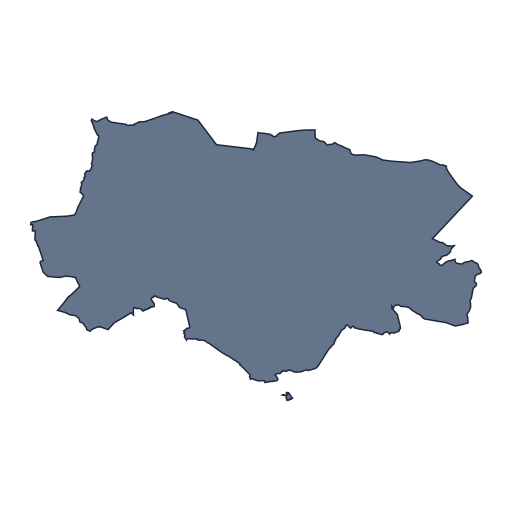 Zamora, Michoacán, Mexico (Mercator projection)
{"feature_id": "50627088B36959720964142", "entity_name": "Zamora", "entity_type": "district", "adm_level": 2, "iso_a3": "MEX", "parent_name": "Mexico", "parent_adm1": "Michoacán", "projection": "mercator", "projection_center": [-102.276, 20.024], "detail": "fine", "context": "isolated", "style": "filled", "palette": "slate", "viewbox_px": 512, "rotation_deg": 0, "n_neighbors": 0, "source": "geoboundaries", "source_scale": "gbopen_adm2", "svg_char_len": 6021}
<svg xmlns="http://www.w3.org/2000/svg" viewBox="0 0 512 512"><path d="M216.5,144.7L197.9,120.1L172.4,111.7L169.7,112.7L170.9,113.1L162.8,115.3L151.7,119.3L143.9,121.8L139.4,121.8L135.8,123.6L134.2,124.1L133.9,125.2L130.1,125.0L129.3,125.3L127.0,125.5L126.4,124.6L125.8,124.3L111.4,122.2L107.9,120.2L107.4,119.3L107.2,117.9L106.6,117.1L101.0,119.4L97.7,121.2L96.7,121.5L95.9,121.4L94.9,120.9L91.8,119.1L91.3,120.8L91.9,121.6L92.0,122.3L92.4,122.6L92.9,124.1L93.7,126.5L93.9,127.9L97.5,135.1L98.6,135.6L98.7,137.3L97.4,142.3L97.2,144.1L96.1,145.3L95.8,146.0L95.3,146.0L94.4,149.2L94.3,150.0L94.7,151.7L94.6,152.0L93.2,152.4L92.3,153.3L92.2,154.7L92.7,157.7L92.1,162.3L91.4,163.8L92.1,165.1L92.6,165.5L91.8,166.3L91.2,168.6L90.7,169.4L89.1,171.2L88.5,171.2L87.8,170.9L87.2,171.1L86.8,170.9L86.3,171.2L85.7,172.6L85.0,173.2L84.9,173.5L84.7,174.3L85.2,176.7L84.5,176.9L84.1,177.5L83.9,177.9L84.2,179.1L82.9,181.3L81.7,181.9L81.2,182.7L81.3,183.2L82.0,184.1L81.5,185.0L81.1,187.1L80.5,188.1L80.4,189.0L80.7,189.3L80.0,192.0L82.6,194.5L83.6,196.0L77.9,207.1L76.2,212.1L74.6,214.9L66.8,216.2L50.1,216.9L35.8,221.5L33.7,221.6L30.9,222.5L30.7,224.9L32.8,224.7L32.8,227.4L32.4,227.8L32.5,231.0L35.3,230.8L34.9,240.1L36.0,240.9L38.0,246.3L38.5,246.3L43.2,260.5L40.5,261.4L40.0,262.5L43.2,272.2L47.6,276.4L59.3,277.5L66.0,276.1L71.0,276.6L75.4,277.5L79.7,286.5L71.0,294.9L68.0,297.2L63.6,303.1L57.5,310.4L64.6,312.3L70.0,314.8L75.8,315.8L78.4,318.0L79.3,319.1L79.7,321.6L80.0,322.1L82.3,322.8L82.9,323.2L86.3,327.8L86.8,329.7L90.1,331.3L91.5,329.7L93.7,328.6L97.8,326.9L99.2,327.1L99.5,326.6L108.1,329.6L113.5,323.6L113.5,323.2L123.7,317.4L129.7,313.6L131.2,312.8L133.5,315.0L133.3,310.7L133.7,307.5L135.7,308.1L136.5,308.6L137.0,308.7L137.8,308.2L140.7,308.9L142.8,311.0L143.7,310.8L144.5,310.1L145.3,309.8L145.0,309.6L147.0,309.5L147.4,309.0L148.0,309.0L149.1,307.8L149.3,308.1L150.0,307.9L149.9,307.5L150.1,307.2L151.0,307.3L151.8,306.6L152.5,307.0L153.0,306.7L154.3,306.4L154.1,303.6L152.0,300.5L151.1,299.6L151.3,298.9L152.0,297.5L153.4,297.4L153.9,296.3L154.7,296.0L155.1,296.3L156.1,296.0L157.1,297.1L165.1,299.4L166.1,298.5L167.9,298.3L168.2,299.2L169.1,300.4L172.8,302.1L176.2,303.1L176.9,303.6L179.3,307.2L180.8,308.0L184.8,309.3L186.0,310.4L189.7,326.7L189.5,327.4L188.7,328.2L187.0,328.3L183.6,331.0L183.7,331.5L184.7,331.9L184.5,332.5L183.8,333.5L185.0,334.5L184.5,336.1L184.5,336.6L184.7,337.3L186.2,339.6L186.2,339.4L189.4,338.6L192.3,339.1L194.5,338.8L196.0,339.2L196.9,338.8L197.5,339.1L198.1,340.2L202.8,340.1L204.9,340.8L207.8,342.8L209.0,343.3L222.0,352.6L227.6,355.9L227.9,355.8L239.8,363.6L240.0,365.2L240.5,365.2L243.8,368.4L249.7,374.5L250.0,375.8L249.5,376.7L250.1,377.6L250.5,379.3L250.9,379.2L251.8,378.5L255.6,380.1L258.1,380.8L260.6,381.0L261.1,380.5L264.5,380.8L264.6,382.3L265.1,382.5L271.6,381.3L271.8,381.5L276.5,380.7L277.3,380.3L277.9,379.4L277.7,378.4L275.2,374.8L276.8,373.8L278.2,373.5L280.0,373.6L281.5,371.7L282.6,371.5L283.0,370.6L286.0,371.4L286.5,371.3L288.5,369.9L289.3,370.5L290.9,370.3L293.7,371.8L296.7,372.3L298.3,371.8L299.8,372.0L301.1,371.8L302.4,371.2L306.6,369.8L308.1,370.6L315.7,368.3L317.7,366.6L328.9,349.0L330.5,347.6L332.2,345.4L333.6,344.3L334.3,342.9L334.2,341.5L335.6,340.4L335.7,338.8L338.4,335.8L341.4,330.5L344.7,328.1L345.4,327.1L345.7,325.5L346.2,325.5L346.9,325.2L348.2,325.6L348.5,326.2L350.4,328.0L350.8,328.1L352.0,326.7L353.5,326.2L354.2,327.5L355.1,328.1L356.0,328.0L358.0,328.8L367.2,330.5L368.7,330.5L371.5,331.2L373.4,331.4L373.6,331.6L374.1,332.6L374.3,332.4L375.3,332.4L376.7,333.3L378.4,333.4L378.7,333.8L382.3,334.7L383.2,334.1L383.5,333.2L383.8,332.9L385.3,332.5L386.0,331.9L387.9,332.3L388.8,333.1L389.5,334.1L389.8,333.4L390.7,333.2L391.9,332.4L393.7,333.2L399.1,331.1L398.9,329.8L399.2,329.8L400.3,328.8L400.4,326.9L397.3,314.4L391.9,308.3L391.9,306.5L392.8,308.1L393.2,308.3L393.5,308.2L393.6,307.3L394.1,306.3L395.8,305.0L396.7,305.2L397.4,305.0L399.1,305.1L400.9,306.4L406.0,306.7L408.7,307.5L410.0,308.2L411.4,309.8L417.3,313.6L420.1,314.9L422.0,316.7L422.3,317.4L424.6,319.0L446.3,322.7L455.1,326.0L462.3,324.6L468.2,322.8L467.7,319.5L467.8,317.7L467.5,316.5L466.9,315.4L467.0,314.4L469.2,310.9L470.6,307.3L470.6,303.6L470.0,301.2L470.1,300.4L471.1,298.9L471.4,297.9L473.1,288.7L473.6,287.9L474.2,287.6L476.3,285.2L476.5,284.0L476.1,283.1L474.9,282.1L474.4,281.2L475.2,276.1L477.2,274.5L479.8,273.6L481.3,272.6L481.0,270.5L479.0,267.6L478.0,264.5L477.0,263.2L474.1,262.2L473.4,261.4L472.4,260.7L471.5,260.5L468.1,261.9L467.3,261.7L465.4,262.1L463.9,262.7L462.3,263.9L461.4,264.0L457.7,263.5L456.4,263.0L455.3,262.0L454.9,259.3L450.2,260.8L449.2,260.7L445.8,262.1L441.9,265.4L440.3,265.3L439.2,263.9L436.7,262.5L436.5,262.1L440.8,258.8L440.6,258.2L443.0,256.0L444.4,255.8L445.4,255.3L446.5,255.4L449.4,252.9L450.4,251.9L450.7,249.9L451.8,248.2L454.3,245.6L453.6,245.6L452.9,245.9L452.8,246.3L452.0,246.1L451.8,246.3L451.2,246.0L446.8,245.7L445.9,245.3L444.7,244.0L442.5,242.6L440.0,242.3L432.4,238.7L472.4,196.1L460.9,188.0L457.3,184.4L448.5,172.3L446.6,168.8L446.2,167.4L446.5,166.3L442.8,164.8L440.6,165.1L432.7,161.4L428.6,160.1L426.0,159.8L424.5,159.9L420.1,161.0L410.7,162.5L391.9,161.2L382.7,160.0L376.1,156.9L364.4,154.8L356.0,155.1L352.4,154.5L350.8,153.0L349.8,149.6L345.7,148.1L343.4,146.8L340.9,145.7L338.4,144.9L334.6,142.5L333.2,143.8L330.8,144.5L329.8,144.6L329.0,144.4L327.8,145.0L327.2,145.0L324.2,141.9L323.1,141.3L320.9,141.2L318.8,140.4L315.2,137.8L315.0,129.9L304.5,130.1L298.0,130.6L279.4,133.1L278.4,134.1L277.3,134.7L276.8,135.9L274.3,136.7L273.5,136.7L271.9,135.1L271.1,135.0L269.6,134.0L268.0,134.0L264.0,133.3L259.6,133.0L258.0,132.5L256.6,142.3L255.4,145.7L253.3,149.9L252.4,149.0L216.5,144.7ZM288.2,392.9L286.7,392.4L286.2,393.1L287.5,394.3L286.6,395.5L285.7,395.6L285.5,395.2L283.5,394.7L282.7,394.7L282.2,395.0L285.7,395.7L286.2,396.4L286.2,397.8L286.4,398.1L286.7,400.0L287.8,399.6L288.0,400.3L291.1,399.2L290.7,398.7L292.4,398.1L288.5,392.7L288.2,392.9Z" fill="#64748b" stroke="#1e293b" stroke-width="1.5"/></svg>